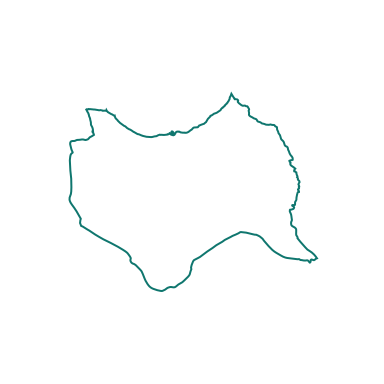 Aceh Barat Daya, Aceh, Indonesia, rotated 140°
{"feature_id": "22746128B227561513795", "entity_name": "Aceh Barat Daya", "entity_type": "district", "adm_level": 2, "iso_a3": "IDN", "parent_name": "Indonesia", "parent_adm1": "Aceh", "projection": "equal_earth", "projection_center": [96.802, 3.836], "detail": "fine", "context": "isolated", "style": "outline", "palette": "teal", "viewbox_px": 384, "rotation_deg": 140, "n_neighbors": 0, "source": "geoboundaries", "source_scale": "gbopen_adm2", "svg_char_len": 6003}
<svg xmlns="http://www.w3.org/2000/svg" viewBox="0 0 384 384"><g transform="rotate(140 192 192)"><path d="M298.7,237.2L298.0,236.0L296.2,230.4L295.5,228.5L293.5,221.6L292.0,217.3L290.3,212.7L287.0,205.2L283.9,197.5L282.0,192.0L281.2,189.3L280.8,187.5L280.7,186.3L280.9,183.3L281.2,181.3L281.6,180.5L282.9,179.5L283.4,178.8L283.7,177.7L283.8,176.8L283.5,175.5L282.6,173.9L282.1,172.2L281.6,165.7L281.6,163.7L282.4,160.8L284.0,156.0L284.6,153.9L285.2,150.2L285.3,148.7L285.3,147.1L285.0,145.4L284.6,144.2L283.9,142.7L281.7,139.1L279.6,136.4L278.8,135.6L278.1,135.2L275.4,134.5L272.4,134.3L271.3,133.9L270.1,133.4L269.2,132.8L267.7,131.1L267.0,130.5L266.3,130.1L265.1,129.9L261.9,129.9L257.4,129.1L254.9,129.2L249.7,129.6L247.9,129.9L246.8,130.3L243.9,132.3L242.1,133.3L241.4,134.6L240.7,135.2L239.2,136.3L235.9,138.1L235.0,138.4L234.1,138.5L229.6,137.5L227.5,137.1L218.5,136.6L212.2,135.9L207.5,135.6L200.7,134.4L197.7,134.2L191.2,132.7L189.1,132.3L185.9,131.3L182.9,130.5L181.2,130.3L180.3,129.9L176.6,126.0L172.7,120.7L171.4,119.0L170.3,118.0L169.5,116.4L168.7,114.5L168.3,112.5L168.0,110.8L168.2,108.2L168.1,101.3L167.7,96.1L167.2,93.5L166.5,91.2L164.6,85.9L163.8,83.9L162.7,81.9L161.6,80.4L154.6,72.9L153.1,71.7L152.6,70.2L151.7,69.3L150.5,67.8L149.2,66.6L147.9,65.8L147.5,65.4L147.3,65.1L147.2,64.4L147.2,62.3L146.9,62.1L146.1,62.3L144.7,63.6L144.3,63.6L143.9,63.5L143.6,63.2L142.9,62.0L142.4,61.4L141.6,61.2L139.7,61.2L138.9,60.9L138.7,62.9L138.7,65.6L139.1,68.6L139.7,70.8L140.6,73.7L140.8,76.9L141.0,84.2L140.9,88.8L140.4,89.2L140.1,90.0L139.9,91.8L139.3,92.8L136.6,95.9L136.1,96.7L136.0,97.4L136.1,98.7L136.9,100.8L137.2,101.9L137.2,102.5L136.9,103.3L136.4,104.1L135.7,104.9L134.8,105.6L134.1,105.8L133.4,106.4L131.4,109.6L130.5,111.2L129.6,114.2L128.6,115.3L128.3,115.4L127.3,114.7L125.8,114.1L125.1,113.9L124.4,114.1L123.8,114.4L123.6,114.8L123.5,115.3L124.0,116.9L123.9,117.2L123.8,117.4L123.4,117.4L121.9,116.1L121.4,116.0L121.0,116.3L119.6,117.9L119.1,118.2L117.7,118.6L117.0,119.0L115.6,120.5L113.4,122.3L111.5,123.6L110.8,123.8L110.0,123.3L109.6,123.8L109.4,125.5L109.1,125.9L107.8,125.9L107.3,126.7L106.6,127.0L106.5,127.6L106.1,127.7L105.7,128.8L105.7,129.1L105.5,129.5L104.3,130.1L103.3,130.4L102.8,131.3L102.8,131.8L102.9,133.2L102.8,133.6L102.2,134.2L102.0,134.7L102.0,135.7L102.0,135.8L101.3,136.0L101.1,136.3L100.7,137.8L100.5,138.2L100.2,138.9L99.5,139.9L99.7,140.4L99.7,141.0L100.4,142.1L100.1,142.6L99.7,142.6L99.0,143.4L97.9,143.5L98.1,145.1L99.0,148.3L99.1,149.2L98.8,150.2L98.5,150.6L97.8,150.9L97.7,151.1L97.7,152.6L97.3,153.3L96.1,152.9L94.9,152.2L94.1,152.0L93.3,153.0L92.9,153.8L92.7,155.3L92.8,156.5L92.5,158.4L92.2,159.4L91.6,160.9L91.2,162.6L90.4,164.0L90.1,164.8L90.2,165.8L90.8,167.0L90.9,167.7L90.8,168.4L89.7,171.0L89.5,171.9L89.5,172.7L89.7,174.4L89.7,175.1L89.6,175.5L88.1,178.9L87.9,181.5L87.2,182.9L86.7,185.0L86.4,185.5L85.5,186.7L85.3,187.1L85.5,187.7L86.0,188.8L85.9,190.0L86.1,190.6L87.5,191.9L88.5,193.3L89.9,194.0L92.0,196.0L92.9,197.7L94.2,199.4L94.4,199.7L94.6,200.8L94.9,201.6L96.2,203.6L96.3,204.4L96.0,205.7L96.0,206.4L96.5,207.4L97.4,208.9L97.7,210.1L98.7,212.5L98.9,213.5L98.8,214.4L98.4,214.9L97.5,215.8L96.3,217.9L95.3,218.4L95.0,218.9L94.9,219.2L94.7,220.7L94.5,221.5L94.6,222.2L95.4,222.9L95.9,224.2L97.5,225.3L97.7,225.5L98.3,226.7L98.6,228.1L99.0,229.9L99.0,231.5L98.7,231.9L98.0,232.2L97.9,232.4L97.7,233.2L97.9,233.9L99.0,235.1L99.3,235.7L99.3,236.6L99.5,236.5L98.7,241.9L100.9,240.6L101.4,240.5L102.2,240.2L103.7,238.9L105.0,238.5L105.9,238.0L106.5,238.0L107.7,237.5L108.3,237.6L108.9,237.3L109.4,237.4L110.6,237.3L111.0,237.0L111.4,237.2L112.5,236.9L113.4,237.0L113.7,236.9L114.2,237.0L114.6,236.8L115.0,237.0L115.9,236.9L116.5,236.8L117.0,236.5L118.1,236.4L122.0,236.8L123.3,237.2L124.7,237.8L127.4,238.0L128.9,238.5L129.4,238.1L132.8,237.8L136.4,236.5L137.5,236.6L138.8,236.5L141.9,237.7L142.5,237.8L143.7,238.3L145.8,237.9L146.1,238.0L149.0,240.1L149.4,240.2L149.9,240.3L152.2,240.0L153.4,240.2L156.1,240.3L157.6,240.7L158.7,241.3L159.0,241.7L159.4,241.9L159.7,242.4L160.8,243.2L162.5,245.1L162.8,246.1L163.2,246.4L163.2,246.7L164.5,247.8L164.8,247.8L165.1,248.0L166.1,248.1L166.8,248.0L167.2,247.5L167.8,247.5L168.3,247.2L168.8,247.1L169.9,247.5L171.0,249.1L171.1,249.4L171.1,249.7L171.3,249.9L171.3,250.3L171.3,250.8L171.2,251.2L171.4,251.5L172.2,251.2L173.3,251.5L173.5,251.6L173.7,252.0L174.1,251.9L176.8,253.7L178.8,255.6L179.4,256.0L179.8,256.6L181.7,257.3L183.3,257.6L185.0,258.7L186.9,259.6L188.0,260.3L191.4,263.6L193.9,267.0L194.1,267.6L194.4,267.9L195.3,269.8L195.8,270.6L196.5,271.4L197.9,275.3L198.1,275.5L198.8,278.2L199.4,279.8L199.8,280.4L200.6,282.7L200.9,285.1L201.5,286.3L202.0,288.3L202.7,291.1L203.0,294.3L202.9,294.7L203.1,297.3L203.0,298.3L202.2,300.1L202.4,300.1L202.7,300.7L203.2,302.6L203.7,303.4L205.1,307.3L205.0,307.8L205.3,308.7L205.0,309.3L204.9,309.8L205.4,309.5L206.0,309.8L207.0,310.8L208.1,311.5L208.3,312.1L209.5,313.6L210.4,314.1L210.8,314.5L211.7,315.6L213.1,317.2L213.3,317.5L213.8,317.9L217.0,321.2L217.4,321.4L217.8,321.9L218.0,321.8L218.8,322.4L219.3,323.0L220.0,323.1L220.6,320.4L220.8,318.8L221.1,318.4L221.3,317.6L222.0,316.4L222.8,313.9L223.5,312.8L224.6,310.5L226.2,308.4L226.8,305.6L227.6,303.8L228.8,302.1L228.8,302.7L229.6,302.1L229.8,300.2L230.4,298.8L232.2,299.0L235.2,299.6L237.2,299.3L237.9,299.3L239.3,299.8L240.3,300.4L241.7,302.3L242.4,302.9L244.5,304.2L246.5,305.7L247.2,306.0L249.0,306.5L251.1,308.1L252.2,308.5L252.8,308.4L253.6,308.0L254.3,307.3L254.8,306.6L256.9,302.3L257.4,300.9L257.9,299.1L258.2,298.9L259.9,298.9L261.2,298.4L262.6,297.3L264.5,295.5L265.3,294.7L271.4,286.6L276.0,279.8L281.4,273.1L284.2,270.0L286.1,268.3L289.3,266.4L290.7,264.9L291.2,264.0L291.8,262.1L292.1,259.8L292.4,255.5L292.9,251.2L294.4,243.0L295.7,242.1L297.7,240.2L298.7,237.2ZM169.0,251.3L169.4,251.0L169.6,250.6L169.6,250.1L169.5,249.6L168.9,249.2L168.3,249.4L168.2,249.7L168.0,250.0L168.0,250.6L168.2,251.1L168.6,251.4L169.0,251.3Z" fill="none" stroke="#0f766e" stroke-width="2"/></g></svg>